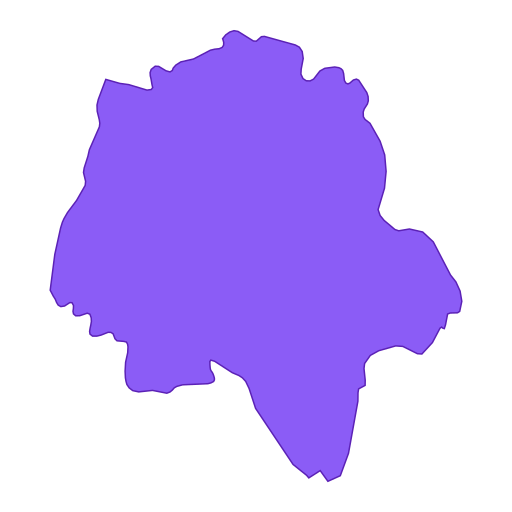 SVG path tracing the border of Indre-et-Loire
{"feature_id": "FRA-5310", "entity_name": "Indre-et-Loire", "entity_type": "Metropolitan department", "adm_level": 1, "iso_a3": "FRA", "parent_name": "France", "parent_adm1": "", "projection": "mercator", "projection_center": [0.644, 47.225], "detail": "fine", "context": "isolated", "style": "filled", "palette": "violet", "viewbox_px": 512, "rotation_deg": 0, "n_neighbors": 0, "source": "natural_earth", "source_scale": "10m", "svg_char_len": 2534}
<svg xmlns="http://www.w3.org/2000/svg" viewBox="0 0 512 512"><path d="M450.5,275.0L455.9,281.9L460.1,291.1L461.8,301.3L459.7,311.4L457.5,312.8L450.3,313.0L447.6,314.0L445.5,324.9L444.3,328.6L442.9,328.2L441.6,327.1L440.0,328.2L432.4,342.6L421.9,354.0L417.4,353.7L402.8,346.4L395.7,345.9L378.8,350.7L370.3,355.4L364.6,363.5L364.0,368.5L365.2,380.2L365.1,385.4L358.6,388.9L358.0,392.8L357.9,401.2L348.5,453.3L340.3,475.7L327.9,481.3L320.2,470.6L308.8,477.9L306.6,475.3L293.1,464.5L255.6,408.4L249.1,388.5L245.7,381.4L242.4,377.8L238.9,375.5L232.3,372.7L214.7,361.3L210.8,360.1L210.1,361.2L209.8,361.6L209.9,363.0L209.9,364.5L210.2,368.0L210.5,369.6L211.2,371.0L212.2,372.3L212.9,373.6L213.5,375.1L214.0,376.7L214.4,378.2L214.4,379.9L213.6,381.5L210.9,382.9L207.9,383.7L182.6,384.8L176.8,386.4L174.3,387.8L172.3,390.1L170.0,392.0L166.8,393.2L152.5,390.4L138.7,391.9L132.7,390.6L129.2,387.9L126.9,384.5L126.0,381.3L125.4,377.8L125.1,371.1L125.6,362.2L127.7,352.7L128.0,346.9L127.6,344.3L126.5,342.1L123.9,341.4L117.0,340.8L115.0,338.8L113.1,333.8L110.9,332.4L108.1,332.3L101.0,335.1L96.9,336.1L92.5,336.1L90.0,334.1L89.6,331.4L90.1,328.3L90.8,325.0L91.4,321.4L91.2,317.8L89.9,314.2L87.2,313.2L79.8,315.7L75.7,315.8L73.5,313.9L73.0,311.4L73.4,308.3L73.5,305.5L72.0,302.7L69.8,302.6L64.6,306.0L60.8,306.6L58.2,305.1L56.6,302.5L55.2,299.1L53.4,296.3L50.2,290.2L54.8,254.4L60.6,228.0L62.4,222.2L64.0,218.6L67.6,212.4L76.6,200.4L85.2,185.4L85.6,181.3L83.5,172.5L84.2,167.9L87.9,156.3L89.4,149.7L99.4,126.8L99.8,123.3L99.3,119.8L97.2,111.3L97.0,105.0L98.3,99.4L105.8,79.4L119.8,83.4L128.7,84.6L147.0,90.1L151.3,89.5L152.7,87.6L152.0,84.6L151.0,78.8L150.3,75.9L150.1,72.6L151.2,69.4L155.2,66.2L158.7,66.4L166.0,70.8L170.0,71.9L172.3,70.5L173.2,68.1L175.8,65.1L180.8,61.9L193.5,59.0L210.4,50.2L214.6,49.2L219.2,48.7L222.2,47.4L223.6,45.2L223.7,42.4L222.9,39.4L222.6,38.7L225.8,34.8L229.8,32.0L234.0,30.7L238.0,31.4L253.4,41.0L256.3,41.2L261.4,36.7L264.4,36.4L295.4,45.0L299.4,47.2L302.2,51.5L303.2,58.5L301.2,69.1L300.9,74.1L303.0,78.6L306.3,80.8L310.1,80.9L313.6,79.1L319.9,71.0L324.8,68.3L334.7,67.0L338.9,67.7L341.0,68.7L342.7,70.4L343.6,73.5L344.4,80.5L345.9,83.1L347.9,83.9L349.8,83.1L353.4,80.0L356.4,79.1L358.7,80.2L366.8,92.6L368.1,96.5L368.3,100.8L367.4,104.0L364.2,109.0L363.2,112.1L363.4,116.8L365.1,119.5L370.0,123.3L380.1,141.2L384.7,154.9L386.1,171.4L384.5,188.2L378.1,209.6L380.1,215.5L384.1,220.4L394.9,229.5L398.7,230.8L409.4,229.0L422.7,232.0L433.3,241.9L450.5,275.0Z" fill="#8b5cf6" stroke="#5b21b6" stroke-width="1.5"/></svg>